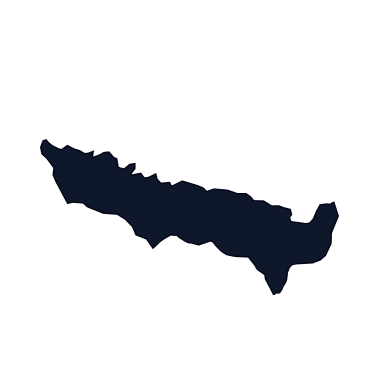 Beawor, Sinoe, Liberia (Robinson projection), rotated 51°
{"feature_id": "62588387B88645489379872", "entity_name": "Beawor", "entity_type": "district", "adm_level": 2, "iso_a3": "LBR", "parent_name": "Liberia", "parent_adm1": "Sinoe", "projection": "robinson", "projection_center": [-9.28, 5.601], "detail": "fine", "context": "isolated", "style": "filled", "palette": "ink", "viewbox_px": 384, "rotation_deg": 51, "n_neighbors": 0, "source": "geoboundaries", "source_scale": "gbopen_adm2", "svg_char_len": 2120}
<svg xmlns="http://www.w3.org/2000/svg" viewBox="0 0 384 384"><g transform="rotate(51 192 192)"><path d="M289.3,88.3L288.6,91.0L289.1,91.7L285.6,95.7L284.0,98.4L282.7,100.6L285.2,106.7L289.5,114.9L290.2,120.3L288.1,123.9L283.2,128.3L277.3,133.9L273.2,132.4L272.1,128.8L267.4,126.7L261.9,130.8L257.4,133.4L253.1,139.0L244.1,142.1L240.6,146.2L237.8,149.6L232.8,149.6L227.4,151.1L223.4,156.0L222.0,157.8L213.0,163.4L203.5,173.2L201.0,180.4L196.0,180.9L190.8,183.7L177.5,192.7L174.8,204.5L170.5,203.5L168.1,207.2L165.8,210.7L160.1,211.2L155.2,208.9L153.4,216.8L151.1,220.4L146.5,220.2L145.2,220.2L141.2,227.9L139.6,228.9L137.8,221.7L134.0,218.6L131.5,223.0L131.5,226.2L131.5,230.4L126.5,234.0L118.8,229.7L116.1,231.2L108.7,231.5L106.0,235.6L105.3,239.7L105.1,240.7L102.6,247.9L98.6,243.7L98.3,243.3L96.7,248.4L94.5,251.5L90.2,253.1L89.7,253.1L85.2,256.1L85.1,256.3L77.5,259.7L77.1,266.7L74.8,268.5L68.1,271.6L63.1,272.6L59.7,272.6L58.6,275.6L62.2,281.5L68.0,284.5L74.3,283.5L86.5,284.0L87.5,285.1L91.4,289.1L92.5,289.4L98.6,291.1L111.0,293.5L122.5,295.7L124.7,291.1L131.9,283.4L137.8,282.4L146.6,277.5L152.6,274.2L162.1,264.0L171.1,260.9L181.4,259.9L185.6,261.1L190.0,262.4L199.9,256.8L211.0,257.6L211.0,256.9L210.3,248.4L210.6,243.1L211.8,235.7L216.3,230.7L219.0,230.5L220.1,230.1L225.9,228.2L229.1,226.6L231.6,224.0L233.6,222.8L237.3,220.0L241.4,208.7L242.4,207.9L243.0,207.5L243.4,207.1L248.9,207.1L255.0,206.5L256.9,206.3L260.4,205.1L261.5,204.7L262.4,204.4L267.1,200.6L268.8,199.1L269.7,198.3L277.9,189.0L287.2,189.1L290.2,189.2L290.6,189.6L293.5,189.8L301.5,187.5L302.3,187.4L303.9,188.4L306.2,189.7L314.2,191.2L315.7,191.5L319.7,192.4L322.1,192.9L322.8,193.1L323.1,192.5L323.2,192.0L323.2,191.3L323.4,189.9L325.0,188.2L325.2,186.7L325.0,186.1L324.2,183.6L322.5,180.6L322.4,180.3L321.7,177.9L321.5,177.7L320.7,175.5L319.2,173.4L317.2,171.3L314.5,168.6L313.5,166.9L312.2,164.6L311.6,162.8L311.4,160.2L311.6,159.5L313.2,156.3L314.9,153.9L323.0,142.6L323.0,142.4L325.4,135.1L325.3,132.4L325.2,128.3L319.5,116.5L311.4,109.5L311.1,108.9L302.7,93.6L289.3,88.3Z" fill="#0f172a" stroke="#020617" stroke-width="1.5"/></g></svg>